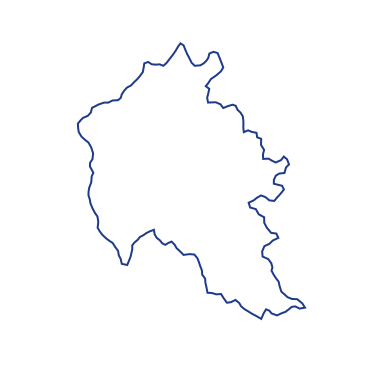 São Gonçalo do Pará, Minas Gerais, Brazil, rotated 162°
{"feature_id": "56859067B13989026202500", "entity_name": "São Gonçalo do Pará", "entity_type": "district", "adm_level": 2, "iso_a3": "BRA", "parent_name": "Brazil", "parent_adm1": "Minas Gerais", "projection": "albers", "projection_center": [-44.836, -19.973], "detail": "fine", "context": "isolated", "style": "outline", "palette": "blue", "viewbox_px": 384, "rotation_deg": 162, "n_neighbors": 0, "source": "geoboundaries", "source_scale": "gbopen_adm2", "svg_char_len": 2879}
<svg xmlns="http://www.w3.org/2000/svg" viewBox="0 0 384 384"><g transform="rotate(162 192 192)"><path d="M279.4,292.3L280.6,287.7L281.2,283.9L279.9,278.6L277.2,274.0L275.2,271.1L274.1,265.7L274.1,259.3L276.5,254.0L279.9,251.3L281.2,247.8L280.5,244.3L279.9,240.8L282.6,237.8L284.8,232.4L288.6,227.6L290.3,224.2L291.5,220.8L291.5,216.6L292.1,212.4L291.7,207.5L290.8,202.1L289.5,198.0L290.3,192.7L292.8,187.1L291.9,183.1L290.5,179.0L288.1,174.6L285.8,171.3L283.2,168.0L282.1,163.8L280.5,158.7L281.2,154.5L280.5,150.5L281.0,145.4L276.2,142.6L273.1,146.2L270.5,149.3L268.7,152.3L266.6,155.8L265.3,159.7L262.2,161.8L258.4,163.3L255.5,165.3L251.7,165.9L248.3,167.0L244.4,167.6L239.9,167.8L240.6,163.3L239.7,159.3L237.5,156.0L236.1,152.3L233.7,150.0L230.5,150.8L226.8,151.2L224.8,147.2L224.0,143.3L222.0,139.8L219.5,134.8L213.6,133.7L209.1,131.8L207.3,127.3L207.1,123.0L207.1,119.0L206.8,114.5L207.8,110.3L206.3,105.5L207.3,101.5L207.7,97.0L208.4,91.4L204.2,89.7L200.6,87.2L195.9,86.0L194.6,80.8L193.0,75.9L189.2,75.2L184.0,75.9L181.4,71.8L180.6,68.1L178.3,64.4L175.0,60.6L172.4,57.5L168.9,53.9L165.4,49.9L161.2,54.6L157.8,57.5L155.1,55.2L153.8,51.9L149.3,48.4L144.0,49.0L140.2,49.1L136.5,50.4L132.6,51.9L129.2,51.3L125.7,47.9L120.3,47.1L121.5,51.9L125.0,57.5L130.0,59.4L133.7,62.5L135.5,65.8L137.8,69.6L137.8,75.3L137.3,79.9L138.8,84.1L139.9,88.2L140.7,92.5L138.8,95.5L138.6,99.7L140.2,104.6L144.8,108.8L143.7,113.7L139.9,118.1L134.4,118.8L130.1,120.9L124.1,121.7L124.6,126.4L129.4,128.7L131.9,135.1L132.8,140.4L131.2,145.7L135.4,150.1L136.6,156.0L141.5,159.3L141.4,164.3L136.2,164.9L131.9,166.5L127.4,167.4L123.8,164.5L121.0,160.1L116.5,158.1L113.3,160.2L108.3,163.0L103.8,166.0L104.4,170.1L108.0,172.3L111.6,174.6L110.4,178.2L107.3,181.6L103.3,182.6L98.2,181.5L95.1,186.2L91.2,188.3L91.5,193.7L93.7,197.3L97.5,194.8L103.3,194.2L106.5,197.3L108.8,200.0L114.1,201.5L112.9,205.8L110.4,209.8L111.8,215.4L109.8,221.2L113.1,223.9L112.4,228.4L116.5,230.6L119.6,233.3L124.2,232.9L123.4,237.0L122.1,240.7L121.1,244.1L120.3,248.3L121.3,252.4L123.3,256.1L123.8,260.5L126.5,262.5L131.2,262.6L136.3,262.2L137.9,266.7L141.7,270.0L145.5,271.1L149.1,272.1L148.5,276.9L146.1,280.7L143.7,284.8L146.2,288.4L142.8,290.6L139.1,293.6L133.0,295.4L127.2,297.8L123.8,300.8L124.0,305.4L124.3,310.5L124.7,316.2L128.3,318.7L132.7,318.3L135.1,314.5L137.9,312.3L141.2,310.7L145.0,309.9L150.4,311.2L152.4,315.0L153.1,319.8L153.9,324.3L154.4,329.2L154.7,334.1L157.1,336.9L160.2,334.7L164.0,331.3L168.0,328.3L171.8,325.7L176.5,322.5L180.3,320.9L183.3,323.4L187.3,324.4L190.8,325.9L193.5,329.2L197.6,329.1L199.6,325.1L201.7,321.3L205.8,318.3L209.6,316.0L212.9,314.5L217.0,312.2L221.6,311.4L225.2,309.3L228.6,306.6L230.7,303.5L234.0,302.2L239.3,303.6L244.0,302.9L248.0,304.2L253.8,304.1L261.1,302.9L263.6,298.9L267.6,296.6L272.8,296.2L275.8,294.6L279.4,292.3Z" fill="none" stroke="#1e3a8a" stroke-width="2"/></g></svg>